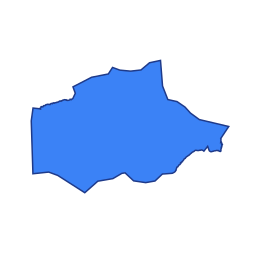 outline of Jargaltxaan, Hentiy, Mongolia, rotated 105°
{"feature_id": "93677404B12231868373169", "entity_name": "Jargaltxaan", "entity_type": "district", "adm_level": 2, "iso_a3": "MNG", "parent_name": "Mongolia", "parent_adm1": "Hentiy", "projection": "mercator", "projection_center": [109.479, 47.515], "detail": "fine", "context": "isolated", "style": "filled", "palette": "blue", "viewbox_px": 256, "rotation_deg": 105, "n_neighbors": 0, "source": "geoboundaries", "source_scale": "gbopen_adm2", "svg_char_len": 4412}
<svg xmlns="http://www.w3.org/2000/svg" viewBox="0 0 256 256"><g transform="rotate(105 128 128)"><path d="M196.8,208.0L191.1,193.2L192.0,183.5L201.7,153.0L187.2,143.4L180.8,129.5L173.4,122.2L172.1,119.2L177.6,108.9L176.2,96.8L172.2,88.2L163.6,82.9L160.5,74.1L160.2,73.4L159.7,72.8L159.1,72.2L158.6,71.7L158.2,71.4L157.8,71.2L157.5,71.0L156.8,71.0L156.6,70.9L156.4,70.7L156.2,70.6L155.7,70.8L154.6,70.7L154.1,70.7L153.4,70.7L153.1,70.6L152.8,70.3L152.8,70.0L152.5,69.8L152.0,69.7L151.3,69.4L150.7,69.3L150.4,69.1L150.2,68.8L150.0,68.5L149.6,68.3L149.3,68.3L149.1,68.2L148.9,68.0L148.5,67.9L148.4,67.9L148.2,68.0L148.2,67.9L148.1,67.7L147.8,67.7L147.6,67.7L147.4,67.7L147.2,67.4L146.9,67.2L146.7,67.0L146.6,66.9L146.5,67.0L146.4,67.1L146.2,67.0L145.9,66.7L145.6,66.5L145.0,66.3L144.4,66.0L144.2,65.9L143.9,65.9L143.7,65.8L143.4,65.7L143.1,65.6L142.9,65.4L142.8,65.2L142.7,65.0L142.5,64.8L142.3,64.8L141.9,64.7L141.6,64.5L141.4,64.4L141.0,64.3L140.8,64.1L140.6,64.0L140.4,63.8L139.8,63.2L139.4,62.9L139.0,62.7L138.9,62.5L138.8,62.4L138.6,62.1L138.3,62.0L138.1,61.8L136.3,60.7L135.9,60.3L135.3,60.0L135.0,59.8L134.3,59.2L134.1,58.8L133.7,58.4L133.4,58.1L132.9,57.8L132.4,57.5L131.9,56.6L131.9,55.8L131.8,55.2L131.7,54.6L131.5,54.0L131.2,53.4L130.9,52.9L130.8,52.3L130.5,52.0L130.2,51.5L130.2,51.0L130.2,50.1L130.4,49.4L130.7,48.7L125.1,46.3L128.7,43.8L129.0,43.5L129.1,43.3L129.4,42.4L129.5,41.9L129.4,41.5L129.1,40.9L128.6,40.1L128.2,39.3L127.7,38.7L127.4,37.7L127.0,37.1L126.9,36.9L126.8,36.7L126.7,36.5L126.6,36.2L126.6,35.8L126.6,35.7L126.5,35.3L126.6,35.2L126.5,34.9L126.4,34.7L126.7,34.3L126.7,34.0L126.7,33.7L126.8,33.3L126.8,32.8L126.5,32.4L126.4,32.4L126.0,32.5L125.7,32.4L125.4,32.5L125.1,32.6L124.8,32.7L124.5,32.7L124.1,32.7L123.8,32.7L123.7,32.7L123.2,32.6L122.9,32.7L122.7,32.9L122.4,32.8L122.3,32.7L122.2,32.8L121.9,32.9L121.7,32.8L121.4,32.6L121.2,32.6L120.8,32.9L120.7,32.9L120.4,32.7L120.2,32.8L119.9,32.8L119.9,32.7L119.7,32.7L119.7,32.8L119.6,33.2L119.6,33.3L119.3,33.3L119.3,33.2L119.2,32.9L119.1,33.0L118.9,33.3L118.8,33.7L118.7,33.7L118.4,33.6L118.3,33.9L118.1,33.9L118.0,34.0L117.7,34.2L117.7,34.3L117.4,34.2L117.3,34.3L117.4,34.6L117.5,34.7L117.4,34.7L117.2,34.7L117.0,34.8L116.8,34.8L116.6,35.0L116.4,35.0L116.4,34.9L116.2,35.0L115.3,35.2L115.1,35.2L114.9,35.3L114.7,35.4L114.3,35.4L114.1,35.7L100.5,31.1L101.4,61.3L97.4,71.6L93.0,78.4L89.8,87.5L90.2,96.9L78.5,105.5L65.0,110.3L54.3,114.1L59.4,124.1L68.6,130.5L72.4,140.2L74.2,150.8L73.5,158.6L80.9,161.0L88.4,176.3L102.5,191.8L108.1,187.9L113.8,188.9L114.1,189.1L114.3,189.4L114.4,189.5L114.6,189.6L114.9,189.8L115.0,189.9L115.1,190.0L115.0,190.3L115.1,190.5L115.3,190.5L115.2,190.9L115.2,191.0L115.2,191.3L115.3,191.3L115.5,191.3L115.8,191.4L115.9,191.5L116.0,191.6L116.3,192.0L116.5,192.3L116.7,192.7L117.0,193.4L117.0,193.8L117.0,194.2L116.9,194.3L116.7,194.5L116.8,194.6L117.1,194.8L117.0,195.0L117.0,195.6L116.9,195.7L117.0,196.3L117.1,196.7L117.2,196.9L117.3,197.0L117.5,197.4L117.8,197.7L117.9,197.8L117.9,198.1L118.1,198.3L118.3,198.4L118.4,198.6L118.5,198.7L118.8,198.9L118.9,199.0L118.9,199.3L119.0,199.4L119.3,199.5L119.5,199.6L119.5,199.9L119.4,200.1L119.5,200.2L119.5,200.3L119.7,200.6L119.6,200.8L119.7,201.0L119.8,201.0L120.0,201.1L120.1,201.4L120.2,201.5L120.6,201.8L120.8,201.9L121.1,202.4L121.2,202.5L121.3,203.0L121.5,203.1L121.7,203.3L121.8,203.6L121.8,203.8L122.1,204.0L122.2,204.3L122.3,204.5L122.4,204.8L122.5,205.0L122.7,205.3L122.8,205.3L123.0,205.5L122.9,205.8L122.9,206.0L123.2,206.1L123.2,206.3L123.1,206.5L123.4,206.8L123.5,206.9L123.6,207.1L123.6,207.3L123.8,207.4L124.0,207.4L124.0,207.5L123.9,207.6L123.9,207.8L124.0,208.0L124.2,208.3L124.2,208.5L124.3,208.7L124.5,208.8L124.9,209.2L125.0,209.3L125.3,209.3L125.4,209.5L125.5,209.5L125.5,209.9L125.7,210.1L125.7,210.3L125.7,210.6L125.7,210.8L125.7,211.0L125.9,211.2L126.0,211.4L126.0,211.5L125.9,211.9L126.0,212.1L126.5,212.7L126.6,212.9L126.6,213.1L126.7,213.3L126.8,213.4L127.0,213.5L127.4,213.6L127.7,213.8L127.9,214.0L128.0,214.1L128.0,214.6L128.0,214.8L128.2,215.1L128.6,215.5L129.1,215.5L129.3,215.6L129.5,215.6L129.6,215.8L129.7,216.1L129.7,216.4L129.7,216.5L129.7,216.8L129.8,217.1L129.8,217.4L129.9,217.5L130.0,217.5L130.1,217.4L130.3,217.3L130.5,217.3L131.2,217.6L131.5,218.0L131.9,218.1L132.0,218.0L132.1,217.8L132.1,217.6L132.3,217.5L132.3,218.4L133.3,224.9L146.1,223.3L196.8,208.0Z" fill="#3b82f6" stroke="#1e3a8a" stroke-width="1.5"/></g></svg>